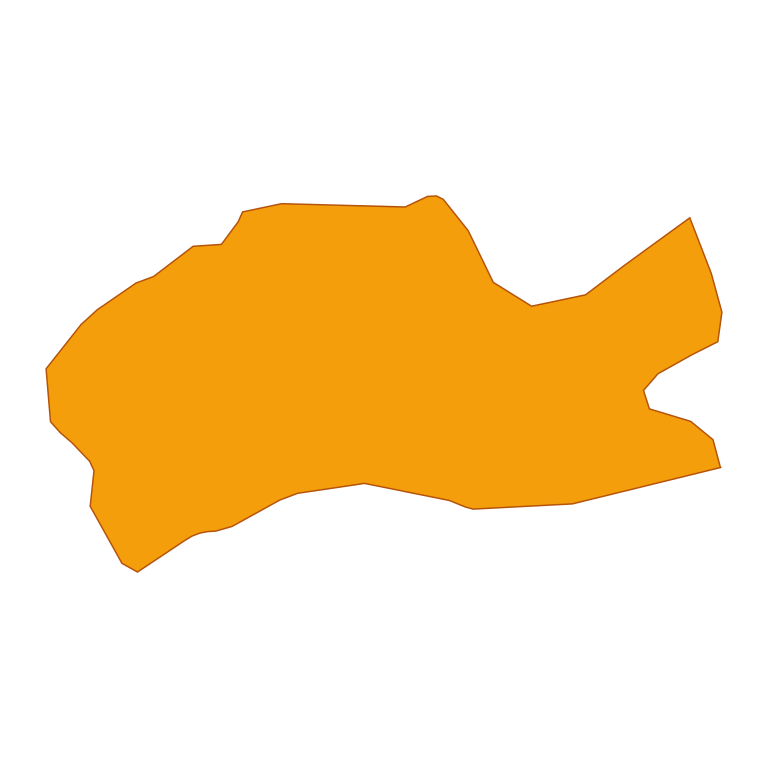 an SVG outline of Mardin
{"feature_id": "TUR-3041", "entity_name": "Mardin", "entity_type": "Province", "adm_level": 1, "iso_a3": "TUR", "parent_name": "Turkey", "parent_adm1": "", "projection": "orthographic", "projection_center": [40.921, 37.344], "detail": "fine", "context": "isolated", "style": "filled", "palette": "amber", "viewbox_px": 768, "rotation_deg": 0, "n_neighbors": 0, "source": "natural_earth", "source_scale": "10m", "svg_char_len": 771}
<svg xmlns="http://www.w3.org/2000/svg" viewBox="0 0 768 768"><path d="M720.5,467.5L572.3,503.9L473.1,509.1L465.4,507.0L449.4,500.5L364.4,483.4L297.6,493.3L279.9,500.0L232.1,526.4L215.7,531.1L207.6,531.6L199.8,533.1L192.2,536.0L184.9,540.4L137.5,572.0L137.3,571.9L122.0,563.4L90.2,506.3L94.0,470.7L89.7,461.3L71.7,442.5L60.5,432.9L50.5,421.7L46.1,368.8L81.2,324.4L97.2,309.8L136.1,283.0L153.6,276.5L193.1,246.3L221.4,244.4L238.1,221.9L242.6,211.9L281.6,203.7L405.2,207.0L427.6,196.4L436.6,196.0L443.3,199.4L468.2,230.7L493.3,282.4L531.5,306.2L585.6,294.8L624.9,265.0L689.8,217.8L711.3,273.5L721.9,312.2L717.8,341.7L691.6,354.9L658.0,373.7L643.5,390.4L649.4,408.9L690.7,421.4L713.0,439.7L720.4,467.4L720.5,467.5Z" fill="#f59e0b" stroke="#b45309" stroke-width="1.5"/></svg>